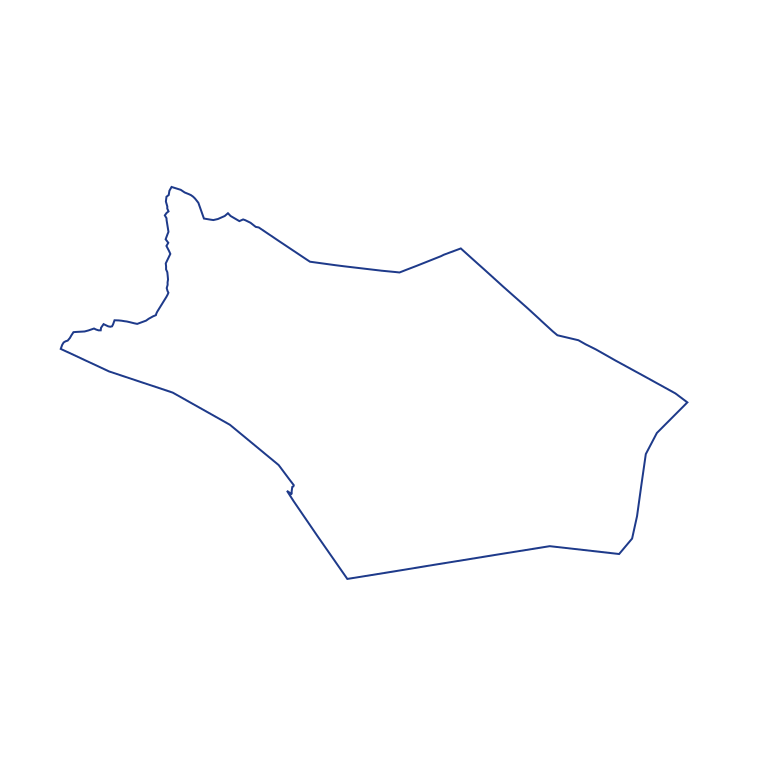 the district of Villa de Tamazulápam del Progreso, Oaxaca, Mexico, rotated 310°
{"feature_id": "50627088B71478824298486", "entity_name": "Villa de Tamazulápam del Progreso", "entity_type": "district", "adm_level": 2, "iso_a3": "MEX", "parent_name": "Mexico", "parent_adm1": "Oaxaca", "projection": "equal_earth", "projection_center": [-97.589, 17.695], "detail": "fine", "context": "isolated", "style": "outline", "palette": "blue", "viewbox_px": 768, "rotation_deg": 310, "n_neighbors": 0, "source": "geoboundaries", "source_scale": "gbopen_adm2", "svg_char_len": 1973}
<svg xmlns="http://www.w3.org/2000/svg" viewBox="0 0 768 768"><g transform="rotate(310 384 384)"><path d="M203.1,113.8L203.3,114.6L216.9,165.3L229.6,197.4L241.6,227.7L253.7,292.1L254.2,355.4L250.1,372.8L248.5,379.9L247.3,380.4L246.2,379.9L242.5,382.2L240.7,383.7L240.2,383.7L239.8,378.4L236.1,390.2L224.9,430.2L216.3,462.0L211.1,481.2L251.7,516.3L272.0,533.7L324.6,579.1L366.3,615.2L404.9,673.4L425.1,673.4L445.4,662.8L470.9,646.8L498.6,629.6L521.9,624.5L564.9,628.2L564.1,613.3L557.5,579.7L550.8,546.4L546.7,524.2L544.0,512.9L542.5,504.8L532.8,485.5L532.8,483.6L532.8,483.3L532.8,479.5L533.5,463.2L533.6,462.1L534.3,446.1L535.2,412.4L536.2,386.2L536.4,379.0L537.2,355.7L521.4,346.7L518.6,345.5L495.4,333.0L486.2,327.9L479.4,324.2L477.4,321.2L469.5,309.7L469.4,309.6L469.1,309.1L448.8,278.2L443.9,270.6L430.1,248.7L429.6,244.5L425.9,211.0L423.4,187.4L422.1,185.1L421.9,184.7L421.8,181.0L421.7,178.1L420.3,172.4L419.5,170.3L415.8,168.5L414.1,158.5L414.5,154.7L410.3,154.0L403.6,150.7L399.9,147.9L398.3,145.3L395.0,139.7L403.5,125.3L404.6,120.0L404.8,117.4L404.6,114.7L404.0,112.5L402.6,108.2L402.1,103.5L398.4,94.6L394.1,95.4L390.4,97.6L387.6,97.0L383.6,99.6L380.7,103.9L379.1,105.2L377.7,108.0L375.3,107.5L372.3,107.7L371.2,110.8L369.8,112.1L362.0,121.1L359.5,121.9L354.5,123.7L353.5,128.0L349.9,128.6L347.6,134.1L346.3,136.7L336.1,139.3L334.0,141.5L331.7,143.4L330.4,146.1L328.1,148.5L325.2,151.4L322.7,152.9L320.9,154.5L317.8,155.9L316.1,158.4L315.3,160.2L313.3,160.8L310.9,161.3L293.7,163.8L291.7,164.3L290.1,165.0L287.4,163.6L282.7,161.8L279.6,161.0L271.4,156.3L269.9,153.5L268.0,149.6L266.5,146.7L265.4,145.0L263.8,142.3L262.1,139.8L259.6,136.6L255.6,138.1L253.4,138.6L251.9,137.5L250.9,135.7L250.3,133.4L249.6,130.7L245.2,131.1L243.0,132.5L241.6,130.8L240.6,128.3L240.1,126.2L235.1,123.2L231.8,120.9L225.7,114.4L224.1,112.8L220.0,113.3L217.4,113.8L213.9,113.8L212.0,112.6L209.9,111.9L207.2,112.3L203.1,113.8Z" fill="none" stroke="#1e3a8a" stroke-width="2"/></g></svg>